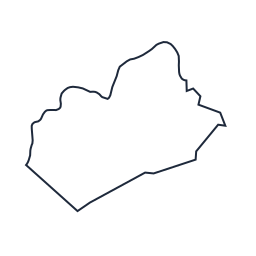 Wood, West Virginia, United States of America (Equal Earth projection), rotated 13°
{"feature_id": "52423323B9322907823760", "entity_name": "Wood", "entity_type": "district", "adm_level": 2, "iso_a3": "USA", "parent_name": "United States of America", "parent_adm1": "West Virginia", "projection": "equal_earth", "projection_center": [-81.577, 39.218], "detail": "fine", "context": "isolated", "style": "outline", "palette": "slate", "viewbox_px": 256, "rotation_deg": 13, "n_neighbors": 0, "source": "geoboundaries", "source_scale": "gbopen_adm2", "svg_char_len": 1240}
<svg xmlns="http://www.w3.org/2000/svg" viewBox="0 0 256 256"><g transform="rotate(13 128 128)"><path d="M33.9,146.1L33.7,147.6L34.4,150.4L37.9,161.5L38.3,164.6L38.0,166.1L37.8,169.9L37.9,171.9L38.8,176.7L38.5,181.6L38.2,183.6L37.6,185.7L37.0,187.0L97.5,220.3L107.7,209.2L154.7,167.6L163.2,166.5L201.0,143.6L199.7,135.4L215.1,104.5L222.3,103.9L214.4,92.3L191.4,89.4L191.4,80.8L182.6,74.9L176.9,78.7L174.2,68.5L172.5,68.7L171.1,68.5L169.3,67.8L166.9,65.3L166.0,63.9L165.2,62.0L163.4,55.5L162.7,51.8L161.2,46.4L159.0,43.3L157.3,41.6L156.2,40.5L153.2,38.1L150.7,36.6L146.7,35.7L143.2,36.3L139.0,38.9L137.0,40.6L133.5,45.7L131.2,48.3L126.1,53.5L122.3,56.5L118.4,59.1L114.7,60.7L111.8,63.3L106.2,70.1L105.5,73.9L105.3,80.1L103.5,91.6L103.4,100.1L102.7,102.8L101.6,104.2L96.0,103.7L94.9,103.2L92.5,101.5L89.5,100.4L87.7,100.2L85.7,100.5L83.0,101.3L75.0,99.6L70.3,99.6L65.1,100.2L62.2,101.3L60.2,102.6L58.1,105.0L57.2,106.3L55.6,109.3L55.4,113.3L55.5,114.6L55.8,116.1L57.1,119.4L57.5,122.2L57.4,123.3L57.0,124.0L56.2,125.1L53.9,126.7L50.0,127.5L47.3,128.2L45.4,128.8L44.9,129.1L44.4,129.5L43.3,131.0L42.1,133.9L41.2,138.5L40.7,139.7L39.1,141.7L36.0,143.2L35.0,144.1L33.9,145.8L33.9,146.1Z" fill="none" stroke="#1e293b" stroke-width="2"/></g></svg>